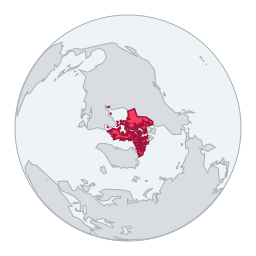 the Earth from above Nunavut, rotated 147°
{"feature_id": "CAN-634", "entity_name": "Nunavut", "entity_type": "Territory", "adm_level": 1, "iso_a3": "CAN", "parent_name": "Canada", "parent_adm1": "", "projection": "orthographic", "projection_center": [-85.605, 67.518], "detail": "fine", "context": "on_globe", "style": "filled", "palette": "rose", "viewbox_px": 256, "rotation_deg": 147, "n_neighbors": 0, "source": "natural_earth", "source_scale": "10m", "svg_char_len": 15801}
<svg xmlns="http://www.w3.org/2000/svg" viewBox="0 0 256 256"><g transform="rotate(147 128 128)"><circle cx="128" cy="128" r="113" fill="#eef3f6" stroke="#a8b0b8"/><path d="M155.5,237.2L156.2,237.0L154.3,237.2L146.2,238.2L136.5,235.8L139.4,233.4L137.2,232.5L144.6,227.8L142.4,223.9L139.7,223.6L137.2,225.5L127.9,223.1L124.4,219.3L95.1,208.5L92.0,205.3L91.8,201.3L81.3,182.5L86.2,198.6L82.2,194.5L79.0,188.2L80.7,187.7L78.4,178.7L74.8,173.7L74.2,162.0L80.7,149.8L81.9,153.0L83.3,149.9L81.8,145.6L80.6,143.6L83.5,127.9L79.8,114.5L75.2,112.6L78.9,111.3L67.8,109.5L63.6,104.3L70.5,108.8L72.9,108.2L71.1,104.0L73.1,102.5L73.4,99.6L76.0,98.3L79.9,101.1L81.6,100.4L80.2,97.4L82.0,94.3L83.7,98.8L87.0,93.9L94.0,98.0L96.5,111.4L102.6,113.0L110.9,125.0L112.3,122.9L116.3,126.2L119.4,125.1L120.1,127.8L122.0,124.5L120.8,122.3L121.2,120.2L122.9,119.3L124.1,122.6L123.4,123.5L124.6,124.0L124.4,126.0L125.5,124.5L126.7,128.6L128.1,123.4L131.1,125.6L131.2,128.7L127.9,129.9L119.8,140.4L118.8,144.1L120.9,148.0L131.7,152.0L132.1,155.6L135.0,159.3L136.3,156.6L134.6,152.7L137.8,148.7L135.2,144.7L136.1,142.5L134.8,137.8L138.6,137.0L143.0,138.7L144.3,142.6L146.3,143.5L148.0,138.7L153.2,144.9L161.5,147.5L162.5,149.3L159.1,154.9L151.7,157.8L147.3,165.5L153.8,159.0L156.1,164.0L158.0,164.3L160.0,163.2L160.6,160.8L162.1,162.2L156.2,169.1L154.8,167.9L156.6,165.7L153.2,167.1L149.2,172.0L150.7,174.3L143.2,179.7L144.2,181.4L143.1,183.7L142.0,180.5L143.7,186.4L135.2,194.1L137.3,203.4L131.2,196.6L126.7,196.0L121.2,196.1L121.5,197.7L114.0,196.1L107.6,198.7L105.9,205.6L108.9,211.0L117.2,212.0L119.4,209.4L125.4,209.0L121.7,216.1L132.2,217.0L131.5,221.8L134.6,223.9L139.7,222.9L145.0,223.2L148.5,220.1L154.3,217.4L154.7,221.0L157.7,216.9L161.1,217.7L172.5,213.6L171.7,214.8L181.4,214.5L191.3,210.6L193.6,211.2L192.5,213.2L195.8,211.3L195.8,212.0L208.4,202.9L214.4,198.2L213.8,200.2L208.2,207.0L206.2,209.1L199.9,214.7L193.3,219.8L186.3,224.4L179.0,228.4L171.4,231.9L163.6,234.9L155.5,237.2ZM27.8,147.6L28.5,146.1L28.7,148.4L27.8,147.6ZM28.6,144.2L28.4,144.9L28.5,144.1L28.6,144.2ZM28.3,143.0L28.5,143.8L28.2,143.0L28.3,143.0ZM27.9,141.5L28.2,142.2L27.9,141.5ZM137.0,206.5L148.9,208.8L142.5,210.3L143.6,209.4L140.6,208.2L134.9,207.3L129.1,208.5L137.0,206.5ZM27.6,138.8L27.6,138.1L27.9,138.7L27.6,138.8ZM141.6,200.9L139.6,200.9L141.6,200.6L141.6,200.9ZM79.6,143.0L81.6,145.7L82.2,150.1L80.3,148.0L79.6,143.0ZM78.9,134.6L80.4,135.4L78.7,138.6L78.4,137.2L78.9,134.6ZM71.4,111.7L72.6,113.8L70.7,112.3L71.4,111.7ZM73.0,99.5L72.0,99.4L72.6,97.9L73.0,99.5ZM132.8,138.6L133.8,138.2L133.5,139.3L132.8,138.6ZM131.3,137.0L130.3,138.5L129.5,137.9L130.1,137.0L131.3,137.0ZM77.1,94.6L78.4,92.5L77.8,95.2L77.1,94.6ZM132.8,135.2L128.1,136.8L126.6,135.8L127.8,131.5L132.8,135.2ZM79.5,91.5L82.5,86.4L80.5,85.6L87.7,84.9L82.8,89.5L82.4,92.9L81.2,91.1L79.5,91.5ZM119.6,122.0L121.0,124.3L118.3,123.2L119.6,122.0ZM117.8,121.8L108.8,121.6L107.7,117.9L110.9,118.6L108.2,114.5L112.0,112.7L114.4,114.6L114.4,117.4L115.9,114.6L117.8,121.8ZM91.2,85.5L92.5,84.7L91.9,86.1L91.2,85.5ZM121.2,119.2L119.5,119.5L118.3,116.2L121.6,115.1L120.9,116.5L121.2,119.2ZM105.6,114.3L105.3,111.8L108.4,109.6L108.7,108.3L112.0,112.4L105.6,114.3ZM122.0,116.9L123.2,114.7L125.3,115.5L122.8,118.8L122.0,116.9ZM116.7,115.9L116.3,114.3L117.6,114.8L116.7,115.9ZM133.4,117.2L131.4,117.5L130.6,115.8L133.4,117.2ZM123.5,113.8L122.8,113.6L122.3,113.0L123.5,111.7L123.5,113.8ZM113.9,110.6L115.3,110.3L112.7,108.8L114.9,107.2L116.8,110.3L116.9,108.3L117.5,107.8L118.3,110.8L113.9,110.6ZM123.2,108.7L126.3,112.1L130.2,111.9L130.9,113.3L124.5,113.5L123.2,108.7ZM120.2,109.7L122.2,109.4L122.2,111.3L120.8,112.7L120.2,109.7ZM115.7,105.1L111.9,106.8L111.6,106.1L115.7,105.1ZM124.3,108.2L123.5,107.4L124.6,108.0L124.3,108.2ZM118.4,105.6L117.1,106.3L116.8,105.4L118.4,105.6ZM123.1,105.3L124.1,106.4L123.2,107.3L123.1,105.3ZM120.9,105.1L120.9,103.8L122.3,107.0L120.4,105.6L120.9,105.1ZM118.3,104.7L117.7,104.4L118.9,104.6L118.3,104.7ZM126.0,101.1L127.9,104.9L125.9,107.0L124.3,103.0L126.0,101.1ZM133.0,15.5L133.4,15.5L135.6,15.6L143.6,16.4L151.5,17.8L159.3,19.8L166.9,22.3L170.7,23.8L175.8,26.5L189.1,34.4L189.6,35.3L192.4,37.1L195.8,40.4L196.0,41.9L198.7,44.3L197.6,40.5L194.6,38.0L190.2,35.4L190.6,35.1L187.2,32.4L194.7,37.2L201.3,42.4L207.4,48.1L213.1,54.2L212.7,53.9L213.9,61.5L212.5,60.8L212.4,60.8L214.8,62.6L214.2,64.1L216.1,60.1L217.4,60.4L214.8,56.2L219.9,62.9L224.5,69.9L228.5,77.2L232.0,84.7L234.9,92.6L237.2,100.6L239.0,108.7L240.1,117.0L240.0,115.9L240.0,117.0L240.3,122.1L240.0,123.4L239.9,126.4L237.7,147.0L235.4,151.5L229.0,154.8L228.3,149.3L225.3,147.1L217.9,118.0L219.5,112.9L217.2,94.5L217.5,92.4L221.1,95.1L222.1,83.5L218.4,78.9L216.0,68.8L212.2,62.1L204.8,58.3L211.0,69.3L208.8,70.8L201.1,61.5L195.2,52.4L194.1,52.7L195.1,58.3L190.8,56.1L195.0,60.3L195.5,58.6L198.1,61.3L197.9,62.9L196.4,62.1L197.4,65.0L204.2,68.6L205.3,67.3L209.6,75.3L212.0,74.0L214.2,76.4L211.0,79.6L209.2,79.0L205.7,86.1L208.1,87.4L211.5,80.9L211.7,82.9L214.9,84.8L212.6,85.1L208.3,92.1L210.3,100.3L217.8,111.8L217.9,117.0L215.7,121.3L208.0,116.7L208.6,105.6L205.9,104.0L201.5,106.4L202.0,102.9L200.3,102.5L200.1,98.5L195.6,93.2L194.8,89.3L189.0,87.7L187.8,85.6L191.6,87.1L193.8,86.2L191.2,77.0L189.5,75.4L186.0,75.1L185.7,72.7L182.6,73.7L179.1,68.9L180.7,75.6L176.5,75.7L172.3,73.2L171.2,74.5L178.2,78.6L180.7,79.2L182.4,77.8L189.6,80.7L191.3,83.8L184.9,85.4L186.7,90.0L180.9,89.5L165.6,78.4L161.2,73.7L162.6,64.4L166.0,65.0L167.2,68.6L169.8,64.6L167.8,65.2L167.6,63.3L163.6,63.1L163.2,61.7L160.0,63.9L159.1,62.3L161.2,60.9L154.5,59.4L151.6,56.2L150.2,56.6L149.6,57.8L146.3,53.1L145.5,53.6L146.2,55.3L145.0,57.3L141.6,59.2L140.7,57.4L141.8,56.5L142.7,52.1L145.8,50.1L145.0,49.6L142.1,51.0L141.0,56.3L139.2,57.9L139.3,55.3L139.1,56.4L137.9,56.6L135.9,55.3L135.6,58.2L123.9,64.1L118.7,62.3L120.0,59.2L110.8,61.9L105.7,59.9L106.5,61.5L102.5,64.0L104.0,64.6L104.1,65.6L94.6,72.7L91.7,73.1L88.4,78.2L88.8,79.0L90.8,79.0L87.7,84.9L80.5,85.6L80.1,83.7L75.9,85.5L75.4,80.9L73.2,78.1L75.2,72.1L73.2,70.5L71.8,71.5L68.0,70.1L65.2,64.2L73.7,64.8L79.2,73.4L77.5,69.5L79.8,69.2L80.3,67.1L79.0,64.4L77.6,64.9L85.1,55.1L85.6,47.3L81.0,50.4L77.6,50.5L74.1,45.0L80.7,33.5L76.2,34.0L75.5,33.2L78.6,30.9L79.6,31.9L83.3,30.7L83.4,31.7L88.7,28.6L89.1,29.9L93.0,26.9L90.9,26.6L86.1,28.8L89.3,25.8L83.7,26.8L82.5,26.1L89.9,22.0L97.3,19.6L106.1,17.5L115.0,16.1L124.0,15.4L133.0,15.5ZM224.1,127.8L225.2,128.8L224.1,127.8ZM191.3,43.6L186.2,38.9L184.4,40.9L182.3,39.3L182.5,40.6L184.3,41.0L184.1,44.4L180.4,42.4L178.9,43.1L180.5,44.8L187.3,47.9L187.7,43.0L190.6,44.2L191.3,43.6ZM172.9,213.4L174.3,213.5L172.5,214.3L172.9,213.4ZM141.7,212.3L144.2,212.0L145.5,212.5L143.7,213.0L141.7,212.3ZM161.9,207.9L164.6,207.4L161.9,208.7L161.9,207.9ZM150.8,208.9L159.7,208.4L154.3,211.2L148.7,211.4L152.5,210.2L150.8,208.9ZM140.8,204.0L142.4,204.1L142.0,205.1L140.8,204.0ZM143.1,200.7L142.5,200.9L141.6,200.3L143.1,200.7ZM156.4,163.6L156.9,163.1L159.1,162.5L158.3,163.8L156.4,163.6ZM167.3,154.3L169.6,156.9L167.4,155.9L166.7,158.0L161.3,158.7L162.7,150.3L163.0,153.9L167.3,154.3ZM154.5,157.4L157.8,157.8L154.1,157.7L154.5,157.4ZM191.0,105.0L192.3,103.4L194.4,104.8L195.4,110.1L192.4,108.1L191.0,105.0ZM193.7,101.0L187.0,101.3L186.1,98.2L187.8,99.9L187.8,97.8L190.5,99.9L196.1,96.7L198.4,97.7L199.0,106.7L197.6,103.1L196.4,104.8L193.7,101.0ZM171.7,109.0L168.8,109.4L170.6,102.0L173.1,102.5L174.3,107.6L172.0,110.2L171.7,109.0ZM135.8,127.5L134.6,128.4L134.3,127.4L135.0,125.9L135.8,127.5ZM132.5,117.4L140.8,122.8L139.8,124.0L145.8,125.8L145.6,129.8L141.7,128.5L146.0,133.0L142.4,133.4L145.6,136.2L137.0,132.8L133.9,133.4L137.4,131.2L137.8,127.4L137.0,126.0L132.4,122.6L126.0,122.3L125.2,118.6L126.4,116.2L127.9,115.7L127.9,118.2L129.8,115.7L130.9,119.0L132.5,117.4ZM140.9,90.9L140.3,93.7L144.3,89.9L145.5,92.9L145.9,92.3L148.1,94.0L151.4,95.1L151.4,96.7L152.7,96.5L154.1,97.7L155.9,97.9L156.6,100.8L158.8,101.3L157.8,102.4L161.5,102.5L159.1,103.7L160.7,105.5L162.2,103.4L161.5,119.0L163.1,124.8L165.7,129.1L161.3,130.7L156.0,127.8L150.9,122.6L150.0,116.9L148.2,118.7L147.2,116.5L149.1,116.0L145.6,115.6L145.3,113.6L140.8,109.5L136.0,110.2L134.2,108.7L136.0,107.5L133.0,106.9L135.1,103.7L133.8,102.6L134.7,98.4L138.7,96.8L137.1,95.7L137.6,92.5L140.9,90.9ZM126.3,100.0L130.9,97.2L133.8,97.5L131.2,104.7L132.0,106.2L130.4,110.9L126.2,110.4L127.1,109.1L126.9,107.7L128.3,108.4L127.1,106.8L128.2,104.9L127.6,103.2L129.2,102.7L126.3,100.0ZM215.7,89.8L215.5,88.1L214.8,85.6L216.8,86.8L215.7,89.8ZM212.9,94.6L212.4,93.0L214.9,93.4L215.1,95.1L212.9,94.6ZM210.1,92.0L212.2,92.9L211.2,93.5L210.1,92.0ZM190.9,85.7L190.2,84.2L191.0,84.0L192.3,84.8L190.9,85.7ZM153.1,80.8L152.3,82.3L151.5,82.0L148.1,83.7L147.0,81.7L148.6,79.8L153.1,80.8ZM207.1,60.4L209.4,62.6L209.5,63.4L208.7,62.5L207.1,60.4ZM214.3,74.9L213.7,71.7L214.9,75.3L214.3,74.9ZM151.3,78.9L150.0,79.8L150.2,78.3L151.3,78.9ZM146.0,80.3L145.9,78.5L146.5,81.6L146.0,80.3ZM81.6,25.8L81.2,25.7L81.6,25.4L83.2,24.8L81.6,25.8ZM139.8,63.9L145.9,63.7L149.5,62.4L150.3,59.8L151.7,63.5L146.2,65.5L139.8,63.9ZM125.9,64.2L125.2,66.6L123.8,65.8L123.8,65.1L125.9,64.2ZM126.7,65.5L129.1,68.1L127.5,69.6L126.0,67.2L126.7,65.5ZM140.4,73.2L142.2,73.2L142.0,74.5L140.4,73.2ZM68.8,36.3L69.9,36.4L67.8,38.1L67.7,37.5L68.8,36.3ZM61.9,43.9L67.6,38.6L72.3,34.6L70.5,35.4L70.9,33.9L74.0,33.1L71.2,36.4L67.5,39.3L67.7,40.7L65.4,43.6L67.0,44.6L66.2,46.2L63.6,46.3L61.9,43.9ZM67.8,44.9L69.8,48.1L65.5,51.0L64.1,50.9L65.0,48.2L67.2,46.8L67.8,44.9ZM69.0,49.7L71.1,48.5L78.5,51.3L79.0,52.6L71.1,51.8L72.8,50.6L71.7,49.5L69.0,49.7ZM91.7,83.9L92.4,84.6L91.1,84.7L91.7,83.9ZM105.0,65.8L104.8,67.1L103.4,67.1L105.0,65.8ZM103.6,70.8L105.4,69.9L103.9,71.5L103.6,70.8ZM109.3,67.8L106.3,69.8L108.6,66.8L109.3,67.8Z" fill="#d9dde1" stroke="#a8b0b8" stroke-width="1"/><path d="M114.4,124.9L120.6,125.8L119.9,127.4L120.6,128.4L119.7,128.2L120.1,129.2L120.0,128.5L120.6,128.5L120.8,126.4L122.5,125.4L121.6,125.1L122.6,123.8L120.8,122.0L121.4,121.5L121.2,120.0L122.6,118.8L124.1,122.6L123.0,123.5L124.8,124.1L124.0,124.2L124.5,126.2L125.5,124.5L126.3,125.4L126.5,128.8L128.8,125.0L128.0,123.4L131.1,125.4L130.1,126.1L131.1,128.9L129.8,130.3L129.3,129.2L129.1,129.6L128.9,129.1L128.5,128.9L128.3,129.2L128.8,129.1L128.7,129.2L129.1,129.6L129.5,130.5L129.4,130.6L127.1,129.9L127.8,130.7L126.5,132.3L124.7,131.0L123.3,130.9L126.9,132.7L124.0,135.5L121.0,134.1L123.5,136.6L121.0,137.7L119.0,142.1L112.1,140.6L114.2,132.6L106.9,127.3L103.8,120.0L105.4,117.4L108.3,121.7L107.0,122.3L110.5,123.5L111.3,127.4L112.1,124.0L113.1,124.2L113.9,123.5L112.1,122.9L113.8,122.8L114.4,124.9ZM136.8,129.9L138.1,127.4L137.1,125.7L135.5,124.3L134.4,125.2L134.9,124.1L132.4,121.6L132.0,122.1L132.6,123.1L127.9,123.1L125.8,122.0L125.5,120.9L127.1,121.2L125.3,119.2L126.3,116.4L128.3,115.6L127.3,117.8L127.5,119.2L128.5,120.6L128.3,120.6L127.2,121.2L128.5,121.3L128.6,119.8L128.2,119.8L128.0,119.4L127.7,119.2L128.9,119.1L128.0,117.4L129.0,117.7L128.1,117.0L130.2,115.8L131.1,117.6L130.8,119.3L134.1,117.7L133.6,119.1L137.0,119.6L136.9,120.0L136.6,120.1L136.2,120.7L136.4,121.0L137.4,119.9L137.4,122.0L139.1,120.4L139.2,120.8L138.4,121.5L138.1,122.2L139.6,120.9L140.4,121.8L138.6,122.7L140.8,122.5L139.3,123.9L146.4,126.1L145.3,128.0L146.0,129.9L143.9,128.9L144.4,127.5L141.1,128.8L145.6,131.8L146.1,134.7L142.2,133.5L145.8,136.2L140.5,135.3L138.3,132.6L134.1,133.2L134.7,131.6L136.6,132.8L135.9,131.7L137.8,131.1L136.8,129.9ZM134.2,97.9L132.6,99.8L133.4,99.9L132.6,100.8L134.0,99.8L132.4,102.8L133.1,102.9L133.0,103.5L130.7,104.7L132.1,104.8L132.1,105.1L130.5,105.3L132.2,106.0L131.0,108.7L129.5,108.1L131.5,109.6L130.1,111.1L126.1,110.2L127.6,109.1L126.9,107.7L128.5,108.9L128.9,108.8L129.3,107.3L128.4,108.4L128.0,107.6L128.6,107.2L128.4,106.4L128.0,107.3L127.2,107.2L127.5,106.1L129.3,106.4L128.9,105.9L129.5,105.8L129.5,105.4L129.2,105.8L128.3,105.5L128.4,105.3L128.6,105.5L128.8,105.5L127.7,103.1L129.8,104.4L130.1,104.1L128.8,103.0L130.4,102.4L129.8,102.4L130.8,101.8L130.1,101.9L130.6,100.7L128.2,102.7L127.6,102.5L129.0,101.4L127.3,102.4L126.8,101.9L127.7,101.7L128.3,101.2L126.2,100.4L130.6,98.4L130.0,97.8L130.0,97.7L134.2,97.9ZM114.2,115.0L114.6,117.5L115.1,117.1L115.6,114.4L116.6,115.2L116.1,119.2L117.7,122.3L116.0,122.0L116.9,123.3L115.8,123.8L113.9,121.7L108.8,121.8L107.7,118.1L112.1,119.9L114.2,115.0ZM126.3,105.0L124.2,103.1L125.0,103.5L124.4,102.7L125.4,102.5L124.9,101.8L125.8,100.9L128.3,105.1L125.4,107.0L124.7,105.4L126.3,105.0ZM131.1,113.2L130.0,114.3L124.9,113.9L124.6,110.5L123.4,110.6L122.9,109.5L125.6,110.0L125.3,110.3L126.3,110.9L125.2,110.7L125.8,111.2L125.4,111.2L125.3,111.6L126.4,112.4L130.2,111.7L131.1,113.2ZM121.7,117.7L119.8,119.8L118.2,116.2L121.4,114.8L121.8,115.3L121.3,115.5L120.6,116.7L121.7,117.7ZM132.7,135.2L131.9,135.8L130.2,134.5L128.3,136.6L126.6,135.6L128.1,131.1L131.1,134.8L132.7,135.2ZM125.5,115.3L124.2,117.5L122.9,117.3L123.4,118.0L122.9,118.9L122.2,116.8L123.1,114.7L125.5,115.3ZM122.2,111.8L120.9,112.6L120.5,111.7L121.6,111.3L119.7,111.2L122.2,109.5L122.2,111.8ZM116.7,109.3L117.9,107.8L117.5,109.9L118.6,110.5L115.8,111.2L117.0,109.9L116.7,109.3ZM120.7,104.2L122.1,104.7L122.6,106.8L120.6,105.8L120.5,105.3L121.3,105.1L120.7,104.2ZM130.6,116.0L132.1,115.7L133.5,117.0L131.5,117.5L130.6,116.0ZM121.2,124.8L120.2,125.5L118.3,123.9L119.7,122.5L121.2,124.8ZM124.0,113.2L123.3,113.7L122.4,112.9L123.5,111.7L124.0,113.2ZM124.1,107.3L123.2,105.5L124.4,106.5L124.1,107.3ZM135.7,126.1L135.6,127.8L134.2,127.2L134.5,126.1L135.7,126.1ZM117.6,114.4L116.8,115.7L116.7,114.8L116.3,114.2L117.6,114.4ZM131.0,136.8L130.3,138.4L129.5,138.0L130.0,137.0L131.0,136.8ZM123.9,107.5L124.5,108.4L123.5,107.9L123.9,107.5ZM133.8,138.0L133.5,139.4L132.9,138.9L133.2,137.9L133.8,138.0ZM126.3,108.7L125.9,109.0L125.6,108.2L126.0,108.1L126.3,108.7ZM120.0,107.8L119.6,107.8L119.6,106.6L119.8,106.7L120.0,107.8ZM123.1,103.1L123.5,102.9L123.5,103.6L123.4,103.8L123.1,103.1ZM133.2,155.6L133.8,156.6L132.2,156.1L133.2,155.6ZM120.2,110.0L119.3,109.8L120.2,109.7L120.2,110.0ZM119.1,111.6L118.7,111.9L118.4,111.6L118.9,111.1L119.1,111.6ZM119.4,109.4L119.5,108.9L120.1,109.4L119.4,109.4ZM137.0,126.5L136.3,126.7L135.9,126.3L136.2,126.0L137.0,126.5ZM135.3,149.5L134.1,150.4L134.9,148.8L135.3,149.5ZM121.2,114.8L120.5,114.6L121.6,114.5L121.2,114.8ZM134.8,135.5L134.8,136.3L134.2,135.6L134.8,135.5ZM133.1,124.2L132.4,125.0L132.8,124.1L133.1,124.2ZM127.0,126.9L127.4,127.2L127.2,127.6L127.0,126.9ZM121.1,107.1L121.4,106.8L121.7,107.2L121.3,107.2L121.1,107.1ZM132.3,123.5L131.9,123.9L131.3,123.6L132.3,123.5ZM126.0,109.7L126.0,110.4L125.8,109.8L126.0,109.7ZM118.6,105.0L119.0,104.6L119.0,104.9L118.6,105.0ZM129.9,131.5L128.9,130.7L129.3,130.8L129.9,131.5ZM147.1,136.2L147.0,136.9L146.4,136.5L147.1,136.2ZM133.7,123.8L134.1,124.5L133.7,124.2L133.7,123.8ZM119.9,110.7L119.5,110.6L120.3,110.5L119.9,110.7ZM128.4,131.4L128.6,131.0L128.8,131.7L128.4,131.4ZM141.4,135.7L141.3,136.1L140.7,135.6L141.4,135.7ZM144.5,139.3L144.9,139.7L144.5,140.0L144.5,139.3ZM135.1,135.1L135.9,135.4L135.6,135.5L135.1,135.1ZM135.5,125.1L135.7,125.7L135.3,125.3L135.5,125.1ZM120.2,110.2L119.5,110.3L119.4,110.2L120.2,110.2ZM123.0,111.8L122.4,111.8L122.8,111.6L123.0,111.8ZM136.5,120.4L137.0,120.1L136.7,120.6L136.5,120.4ZM131.1,111.0L131.2,111.5L130.8,111.5L131.1,111.0ZM121.1,123.9L121.1,123.3L121.3,123.5L121.1,123.9ZM121.5,116.8L121.7,116.3L121.8,116.6L121.5,116.8ZM132.8,123.5L133.2,123.5L132.6,123.9L132.8,123.5ZM121.4,109.2L120.8,109.3L121.5,109.2L121.4,109.2ZM117.7,123.9L117.4,124.3L117.5,123.8L117.7,123.9ZM123.8,111.1L123.8,111.5L123.6,111.2L123.8,111.1ZM127.2,123.2L126.8,122.9L127.4,123.1L127.2,123.2ZM116.5,123.9L116.5,124.4L116.2,124.1L116.5,123.9ZM114.6,123.8L114.5,124.2L114.3,123.8L114.6,123.8ZM146.4,134.6L146.7,134.9L146.4,134.8L146.4,134.6ZM120.7,123.8L120.4,123.3L120.8,123.6L120.7,123.8Z" fill="#f43f5e" stroke="#9f1239" stroke-width="1.5"/></g></svg>